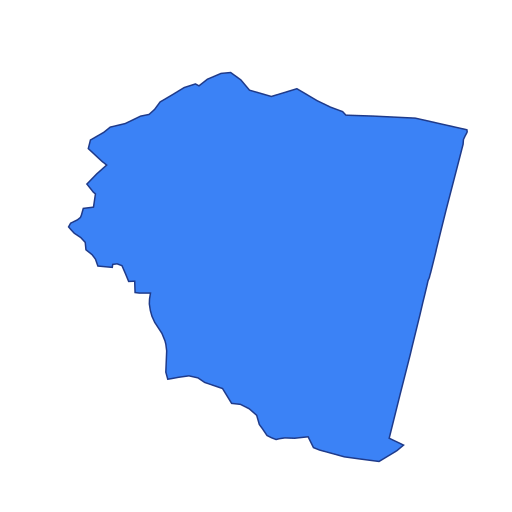 the district of Shagamu, Ogun, Nigeria, rotated 284°
{"feature_id": "59680162B49213136576829", "entity_name": "Shagamu", "entity_type": "district", "adm_level": 2, "iso_a3": "NGA", "parent_name": "Nigeria", "parent_adm1": "Ogun", "projection": "natural_earth1", "projection_center": [3.559, 6.792], "detail": "fine", "context": "isolated", "style": "filled", "palette": "blue", "viewbox_px": 512, "rotation_deg": 284, "n_neighbors": 0, "source": "geoboundaries", "source_scale": "gbopen_adm2", "svg_char_len": 1680}
<svg xmlns="http://www.w3.org/2000/svg" viewBox="0 0 512 512"><g transform="rotate(284 256 256)"><path d="M284.9,74.5L278.6,82.7L277.4,85.2L264.1,86.5L260.4,76.9L253.4,76.7L250.9,76.3L247.9,74.0L243.0,68.2L238.9,67.1L236.7,70.2L234.1,74.2L231.5,81.5L227.9,87.0L220.9,89.5L217.6,96.7L214.1,101.0L208.0,105.0L210.2,119.3L213.2,119.0L214.8,123.1L214.2,128.3L206.9,133.9L200.5,138.6L202.2,144.4L191.3,147.5L191.8,151.7L194.5,162.6L188.5,163.1L183.7,164.1L177.5,166.7L172.4,169.6L167.1,173.8L162.3,179.0L158.1,183.5L151.7,188.2L148.5,189.9L142.3,192.3L121.5,196.6L115.1,200.2L116.6,203.7L119.5,210.0L123.5,219.9L123.7,229.2L120.9,236.8L119.3,255.6L107.1,268.0L108.3,276.8L106.1,286.4L101.6,295.2L93.3,300.0L90.0,304.0L84.5,310.1L83.4,315.0L82.8,319.9L84.3,322.7L86.5,328.0L88.5,337.5L93.2,350.3L84.0,358.1L83.1,364.6L82.5,390.3L84.2,406.0L86.4,425.1L101.2,439.8L108.2,444.9L111.4,429.3L141.5,429.3L152.9,429.3L157.4,429.3L177.3,429.4L197.6,429.5L205.7,429.4L205.8,429.4L236.9,429.3L237.2,429.3L238.2,429.3L251.6,429.1L257.3,429.1L269.1,429.0L273.3,428.9L274.9,429.0L275.4,429.2L276.2,429.3L277.2,429.4L280.1,429.4L282.2,429.5L304.3,429.5L304.3,429.4L327.5,429.3L346.5,429.3L400.0,429.8L414.6,429.9L419.2,429.1L422.8,429.8L426.8,430.8L427.8,430.8L429.5,430.1L428.3,377.2L420.1,335.8L414.4,309.2L417.0,305.2L418.5,292.0L421.5,277.7L424.8,266.7L428.2,255.2L414.5,232.3L415.3,209.6L423.2,198.7L427.9,187.0L424.7,177.9L415.8,166.1L407.3,159.5L408.3,155.6L402.1,145.6L391.1,134.7L382.3,125.7L373.8,122.2L367.5,118.0L363.8,110.2L352.9,97.1L345.8,83.4L339.3,78.5L328.5,67.3L319.6,67.3L310.5,83.8L308.1,89.1L297.3,81.7L284.9,74.5Z" fill="#3b82f6" stroke="#1e3a8a" stroke-width="1.5"/></g></svg>